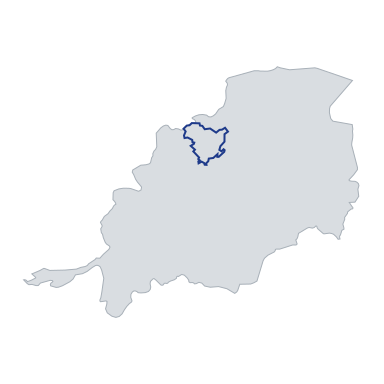 Zabul on a map of Afghanistan (Mercator projection), rotated 181°
{"feature_id": "AFG-1755", "entity_name": "Zabul", "entity_type": "Province", "adm_level": 1, "iso_a3": "AFG", "parent_name": "Afghanistan", "parent_adm1": "", "projection": "mercator", "projection_center": [67.11, 32.305], "detail": "coarse", "context": "in_parent", "style": "outline", "palette": "blue", "viewbox_px": 384, "rotation_deg": 181, "n_neighbors": 0, "source": "natural_earth", "source_scale": "10m", "svg_char_len": 4301}
<svg xmlns="http://www.w3.org/2000/svg" viewBox="0 0 384 384"><g transform="rotate(181 192 192)"><path d="M163.8,97.9L172.1,97.1L177.7,98.2L180.6,101.1L183.5,101.8L186.3,100.4L188.0,100.2L188.7,101.1L190.1,101.5L192.3,101.3L193.5,102.1L193.8,103.9L195.4,106.1L198.2,108.7L200.8,109.4L204.1,107.3L205.3,107.5L205.8,106.9L206.1,105.4L208.2,103.9L211.9,102.6L214.0,101.4L214.7,100.4L216.0,100.1L217.3,100.4L218.3,100.1L219.0,98.7L220.3,98.2L221.5,98.5L226.5,103.3L228.5,104.8L229.4,104.5L232.0,101.9L232.3,99.5L231.6,96.3L232.1,93.8L233.8,91.8L236.9,90.6L241.4,90.2L244.1,90.4L245.2,91.4L246.6,92.0L248.3,92.1L249.9,91.0L251.3,88.6L251.4,85.6L250.1,82.1L250.5,81.0L252.8,79.2L255.2,76.5L257.5,73.1L259.8,68.9L262.6,66.3L265.9,65.3L269.9,66.4L274.6,69.7L276.4,73.7L275.2,78.5L275.1,81.1L276.1,81.6L281.5,80.7L282.2,81.4L282.1,82.7L281.3,84.7L280.4,90.4L278.7,104.2L281.0,112.4L282.5,115.6L284.1,116.7L285.7,117.1L287.2,116.8L290.5,114.7L295.4,110.8L300.1,108.4L307.1,107.1L309.4,102.9L312.6,100.1L319.9,96.0L323.8,94.5L326.1,94.2L331.7,95.7L332.0,97.0L331.6,98.3L330.0,99.5L329.5,100.3L330.1,101.0L332.3,101.2L342.0,98.3L344.1,95.8L346.2,95.7L350.3,96.8L353.4,96.5L355.1,97.5L358.8,101.2L357.6,101.4L355.9,100.7L355.0,99.5L351.1,101.0L346.8,103.3L346.8,103.9L350.7,107.3L342.6,110.9L339.0,113.0L338.2,113.0L332.8,111.1L317.7,111.7L306.2,112.9L301.8,114.7L297.6,115.6L295.5,116.6L294.0,118.5L287.7,122.8L286.6,124.3L283.0,124.2L279.4,128.3L274.1,133.2L273.0,135.5L273.8,136.7L276.6,138.5L277.9,140.2L279.9,144.9L280.7,148.2L281.9,149.7L282.6,153.6L281.3,155.9L281.3,157.0L283.0,160.0L282.6,160.9L281.3,162.3L279.2,166.1L275.5,168.9L273.9,171.4L271.3,174.1L270.2,176.5L269.1,177.7L267.9,178.4L268.2,179.6L269.2,181.2L270.9,182.9L270.8,189.9L269.9,191.9L265.2,193.8L260.7,194.6L255.1,194.6L253.1,194.3L245.4,191.8L243.0,193.1L242.5,196.1L246.8,201.1L248.6,203.8L250.6,208.4L252.1,210.8L251.6,213.0L243.7,217.9L238.7,218.4L235.5,219.3L234.0,220.5L232.9,225.6L231.7,227.5L231.8,229.8L230.7,232.3L229.1,234.0L228.0,236.6L228.8,250.2L224.3,255.6L221.8,257.5L219.3,258.4L217.3,258.1L214.8,255.0L213.1,253.9L211.3,254.1L209.5,255.2L206.6,254.8L204.2,253.7L202.9,253.9L202.2,254.9L199.6,257.3L193.2,260.8L190.6,261.0L189.4,261.9L189.9,263.4L191.0,264.5L193.0,265.4L193.1,266.3L189.9,268.1L186.5,269.3L182.7,269.7L178.7,269.1L176.7,267.5L174.3,267.4L172.1,268.5L169.8,270.4L166.7,275.1L162.1,278.0L160.9,281.0L159.5,286.2L160.0,293.9L159.4,297.3L158.4,299.6L158.6,301.3L160.2,303.4L159.5,304.6L158.3,306.1L157.0,306.9L132.0,314.3L127.9,314.4L125.8,314.1L118.7,314.1L115.7,314.7L112.8,315.7L110.6,316.9L108.9,318.7L105.9,317.7L96.6,315.9L71.3,318.3L68.9,317.8L33.5,306.3L55.3,280.2L55.9,278.0L56.0,273.7L54.6,267.9L52.4,265.3L33.0,262.2L32.3,257.7L32.6,255.7L32.2,251.8L32.3,248.8L33.1,243.9L33.2,241.7L27.0,219.4L27.0,217.2L30.6,212.1L35.2,207.0L35.0,206.1L32.7,205.6L29.1,205.5L27.3,204.7L25.8,203.3L25.2,201.3L26.2,197.7L25.2,190.6L28.9,184.7L34.6,184.3L31.6,180.0L31.0,179.5L30.8,178.7L31.1,178.0L32.6,177.7L36.0,174.9L36.2,173.3L39.0,169.2L38.8,167.4L40.6,162.5L39.6,159.2L39.4,157.5L41.5,156.3L42.8,151.7L43.6,150.6L43.7,149.5L43.2,147.6L45.1,147.3L46.9,149.7L49.7,152.2L51.5,152.9L53.8,153.3L58.9,152.5L59.9,152.6L65.2,157.0L66.1,158.1L66.6,159.8L67.4,160.3L69.2,158.6L71.0,158.0L74.4,158.6L76.2,157.9L84.8,152.5L85.4,149.1L86.2,147.1L87.4,145.9L86.0,141.9L86.5,141.1L87.6,140.8L90.4,140.8L103.4,136.4L106.8,136.4L107.6,136.0L107.8,134.8L108.7,133.5L114.9,130.2L118.4,127.0L119.7,124.5L125.5,104.1L128.6,102.3L131.8,101.0L142.6,100.6L144.6,94.3L145.6,92.8L147.5,91.4L155.4,95.9L163.8,97.9Z" fill="#d9dde1" stroke="#a8b0b8" stroke-width="1"/><path d="M201.5,255.1L198.4,258.3L195.6,258.7L193.4,260.9L185.7,260.8L185.2,258.6L182.8,258.3L180.4,255.0L175.0,255.8L168.9,251.8L165.6,254.6L163.0,254.9L160.1,256.8L157.1,253.0L160.5,250.4L160.4,242.9L164.4,238.3L165.4,234.6L163.2,233.2L161.2,235.3L160.1,234.4L160.5,232.7L165.9,227.6L167.3,227.6L167.2,230.3L171.3,226.4L175.8,225.7L176.3,223.0L178.3,221.0L178.0,219.4L179.8,219.5L180.4,221.2L182.9,222.5L185.9,220.8L186.2,222.7L184.8,223.8L186.3,225.1L185.5,226.6L191.4,232.6L189.8,234.4L194.1,238.1L191.0,240.1L190.6,241.4L192.4,241.8L192.7,244.1L197.4,246.4L200.4,245.8L201.0,248.4L199.4,252.4L201.5,255.1Z" fill="none" stroke="#1e3a8a" stroke-width="2"/></g></svg>